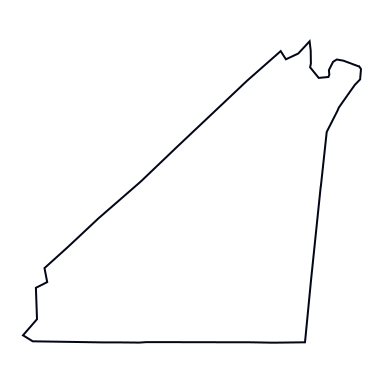 outline of Suffolk, Virginia, United States of America
{"feature_id": "52423323B25569178497638", "entity_name": "Suffolk", "entity_type": "district", "adm_level": 2, "iso_a3": "USA", "parent_name": "United States of America", "parent_adm1": "Virginia", "projection": "natural_earth1", "projection_center": [-76.578, 36.74], "detail": "fine", "context": "isolated", "style": "outline", "palette": "ink", "viewbox_px": 384, "rotation_deg": 0, "n_neighbors": 0, "source": "geoboundaries", "source_scale": "gbopen_adm2", "svg_char_len": 707}
<svg xmlns="http://www.w3.org/2000/svg" viewBox="0 0 384 384"><path d="M44.5,268.1L47.2,282.1L35.9,287.8L37.0,319.2L23.0,335.3L32.7,341.3L102.5,342.4L119.0,342.4L139.3,342.6L146.6,342.1L251.1,342.3L262.3,342.5L272.7,342.7L272.8,342.7L305.0,342.3L311.0,280.4L320.7,186.8L320.8,186.7L322.9,167.4L326.7,132.1L327.5,130.4L337.4,110.9L338.8,107.6L350.4,91.1L354.9,84.8L360.1,79.4L361.0,69.1L359.1,66.3L358.7,66.4L348.6,62.6L343.5,60.7L336.8,59.5L333.1,61.8L328.9,70.1L329.3,74.7L328.4,77.0L318.7,77.9L313.1,71.0L310.1,67.3L310.9,63.5L310.7,50.5L309.6,41.3L298.3,53.5L285.9,59.3L280.7,51.1L247.1,80.7L177.0,146.9L140.7,181.6L98.4,218.4L68.0,246.9L44.5,268.1Z" fill="none" stroke="#020617" stroke-width="2"/></svg>